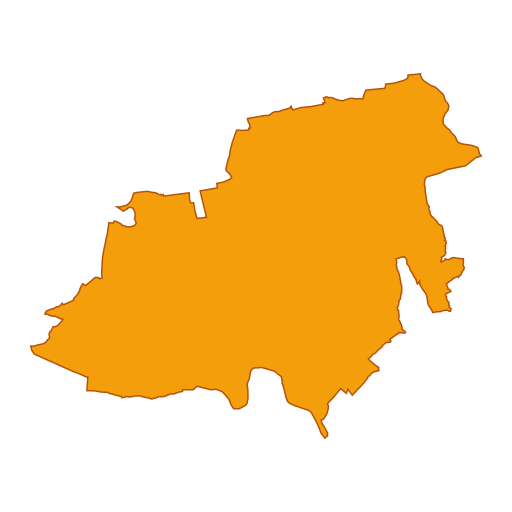 the district of Filiasi, Dolj, Romania
{"feature_id": "2599482B35880437379690", "entity_name": "Filiasi", "entity_type": "district", "adm_level": 2, "iso_a3": "ROU", "parent_name": "Romania", "parent_adm1": "Dolj", "projection": "orthographic", "projection_center": [23.538, 44.559], "detail": "fine", "context": "isolated", "style": "filled", "palette": "amber", "viewbox_px": 512, "rotation_deg": 0, "n_neighbors": 0, "source": "geoboundaries", "source_scale": "gbopen_adm2", "svg_char_len": 6038}
<svg xmlns="http://www.w3.org/2000/svg" viewBox="0 0 512 512"><path d="M458.6,277.4L459.0,276.2L460.3,275.4L461.3,274.2L461.5,273.2L462.7,271.0L463.9,269.7L464.0,268.2L464.4,267.6L463.5,266.2L462.9,264.6L463.4,263.3L463.4,258.7L458.4,258.4L453.5,257.5L452.1,257.8L448.9,259.6L445.9,259.5L445.7,258.9L445.1,259.0L445.0,259.8L444.0,260.7L441.2,262.0L440.5,261.1L441.3,260.0L441.4,259.3L441.8,258.9L441.5,257.5L442.0,256.9L444.7,255.4L444.8,254.2L445.7,253.3L445.8,252.1L445.2,250.7L445.3,249.4L445.7,248.8L445.5,248.1L445.6,246.9L445.1,246.1L445.7,245.1L445.8,243.5L446.3,243.0L445.9,242.6L445.9,240.9L444.7,240.5L445.2,239.4L444.8,238.6L445.2,237.9L444.3,236.8L444.1,234.5L443.5,232.9L442.6,228.0L442.0,226.2L441.2,225.4L439.0,224.5L436.3,220.7L433.6,218.2L433.1,217.2L432.2,217.0L430.2,214.2L430.2,212.3L428.7,208.9L429.3,206.5L428.5,206.0L427.3,203.6L426.8,201.8L425.3,191.9L425.0,186.9L424.3,184.3L424.8,180.2L425.7,177.9L427.4,176.7L439.5,173.2L446.7,169.8L446.3,169.7L464.8,166.0L466.2,165.3L475.7,157.7L481.3,156.0L479.4,153.6L478.1,148.2L477.1,147.2L471.2,145.3L461.9,143.9L457.7,142.1L455.0,136.3L451.2,132.5L449.8,130.2L446.6,127.7L443.3,123.9L443.0,120.0L443.5,117.5L445.3,113.5L448.0,110.1L448.9,105.9L447.5,103.1L445.9,101.4L445.0,99.9L443.7,95.5L443.2,94.4L436.0,87.7L434.7,86.9L430.8,85.5L423.7,80.8L422.2,79.0L420.7,76.1L420.4,75.1L420.6,73.8L407.9,75.1L408.0,77.5L406.2,79.2L403.5,80.5L394.5,83.1L385.6,84.1L385.6,85.8L384.9,88.3L365.9,90.1L363.8,95.0L362.9,98.8L359.3,98.6L355.7,98.9L352.5,98.3L349.6,98.4L342.9,100.8L337.7,100.0L331.5,97.5L328.5,97.6L327.5,97.0L325.6,96.9L325.2,97.4L323.4,98.0L325.1,102.7L322.7,103.0L323.3,104.3L310.6,106.6L300.7,107.6L292.8,109.9L291.1,106.2L290.4,106.8L290.3,107.9L289.9,108.1L282.9,110.0L278.7,111.6L275.3,111.6L272.7,112.6L270.0,114.7L268.4,115.4L264.3,115.6L247.5,118.5L248.1,121.5L249.6,124.4L250.1,128.1L248.6,128.2L248.5,130.2L241.3,130.4L236.7,130.1L232.5,141.8L230.8,147.8L229.8,152.8L230.0,153.7L228.7,158.4L228.0,159.6L225.9,169.1L226.0,170.1L226.8,171.3L229.9,174.1L231.7,177.8L229.1,179.6L223.2,182.1L216.8,183.4L217.3,187.9L200.1,190.9L206.5,217.4L204.7,217.3L203.5,217.7L197.0,218.4L195.0,211.3L193.6,202.8L191.1,203.1L190.2,201.9L189.5,199.1L189.4,194.8L189.1,192.8L163.5,196.1L163.2,194.5L161.0,195.1L160.7,194.4L159.1,194.7L157.3,193.5L155.1,192.6L152.1,192.4L148.3,191.5L146.2,191.4L137.5,192.4L133.7,193.2L132.3,197.8L130.6,201.6L127.2,204.8L125.6,205.6L119.5,207.0L117.0,206.9L123.4,211.2L126.6,209.1L127.4,209.0L127.7,208.2L128.9,207.6L130.9,207.4L132.9,208.3L134.5,211.2L135.2,213.8L135.2,216.1L134.5,218.6L136.1,222.7L136.0,223.6L135.5,224.5L134.2,225.6L131.4,226.6L127.5,227.0L121.7,225.0L121.3,224.1L115.4,221.1L113.9,221.3L113.5,222.9L113.1,223.1L108.9,222.7L107.3,233.8L105.8,240.2L104.8,246.2L104.4,246.9L102.5,257.9L101.6,273.4L102.2,278.1L99.3,278.9L99.1,278.0L98.6,277.6L95.3,277.4L85.6,285.5L83.7,284.7L83.0,283.7L82.6,283.8L80.0,288.5L79.8,290.2L77.5,294.4L73.7,298.6L73.5,299.2L73.6,299.9L72.9,300.6L63.6,304.7L63.0,304.4L62.6,303.6L62.1,303.2L60.8,305.0L58.7,306.7L56.3,306.8L54.4,308.4L52.1,308.8L46.5,311.0L45.3,312.9L45.4,313.7L44.5,314.6L46.3,313.9L50.5,315.7L53.1,316.3L54.6,316.1L58.6,317.7L59.6,318.6L61.6,318.7L61.8,319.2L62.9,319.6L62.1,320.8L57.3,325.8L55.5,326.7L53.7,326.5L52.7,327.0L51.5,330.3L50.0,331.6L49.3,333.1L49.1,334.9L49.6,336.9L49.3,338.1L47.4,340.1L46.0,342.1L43.1,343.8L36.3,345.3L34.6,346.1L30.7,346.1L31.7,350.1L34.3,354.1L73.2,371.5L79.1,373.7L86.8,377.2L87.8,377.1L86.9,390.7L94.5,390.8L100.8,392.0L107.8,392.4L109.2,393.3L121.2,396.5L121.6,397.4L122.2,397.8L126.8,396.5L128.3,397.0L132.3,396.6L134.6,395.9L138.2,396.0L139.1,395.7L145.8,397.6L147.1,397.5L151.9,399.1L153.7,398.2L155.3,398.1L159.3,396.5L161.3,396.9L162.1,396.4L163.2,396.7L165.6,396.1L167.8,395.0L168.1,394.5L168.9,394.7L170.6,393.9L174.2,394.0L174.9,393.5L179.5,391.9L182.0,391.6L182.7,391.1L182.8,389.9L183.3,389.7L193.1,389.8L197.0,386.3L211.1,389.8L216.1,389.3L222.1,391.6L225.7,395.4L228.9,399.3L231.4,405.4L233.7,408.8L239.1,408.8L245.5,405.4L246.9,403.8L248.0,398.5L247.8,389.2L247.1,384.0L249.3,378.7L250.8,370.7L253.4,368.1L261.7,367.5L274.0,371.0L281.3,376.6L282.0,379.8L282.1,383.3L283.3,386.3L286.1,397.4L287.1,400.5L288.1,402.1L290.4,403.7L296.2,406.2L308.7,410.4L311.1,412.2L317.4,423.8L321.1,433.1L324.9,438.2L327.7,435.7L327.2,434.3L327.7,433.2L324.6,427.3L322.4,424.0L321.5,422.0L321.3,419.9L322.8,419.6L324.3,417.9L326.9,413.8L328.1,409.2L328.4,406.9L328.4,405.9L327.5,403.6L334.0,396.8L340.6,388.6L346.3,393.3L347.9,389.3L352.3,395.2L364.2,382.6L367.0,378.7L367.5,378.6L367.8,376.9L369.9,375.4L371.2,373.6L373.7,372.0L379.0,370.5L378.3,368.1L378.7,367.4L376.7,366.2L371.3,361.9L368.4,359.0L371.7,355.9L372.3,354.9L376.0,352.6L376.5,351.8L376.0,352.0L381.9,346.9L382.9,345.2L385.6,342.9L388.2,342.1L388.5,342.5L390.7,341.8L390.9,340.9L389.6,339.4L396.5,334.6L396.5,334.1L398.6,333.6L398.8,332.5L404.9,333.1L405.5,332.4L405.2,332.1L405.1,331.5L401.9,329.1L402.1,327.0L401.5,326.2L401.2,324.0L400.4,323.4L400.3,322.1L398.5,319.5L399.1,316.7L398.7,312.2L398.5,310.2L397.4,309.7L397.4,307.9L398.6,304.6L399.2,300.3L400.3,299.3L401.0,293.7L401.7,293.2L401.4,292.4L401.6,291.6L401.4,291.2L401.8,289.9L401.8,287.6L401.7,286.1L400.6,282.8L400.7,281.2L400.0,279.1L400.1,278.2L398.4,271.7L397.5,270.3L396.9,268.2L396.4,264.7L396.8,261.7L395.8,258.7L398.0,258.4L402.7,256.6L403.4,257.3L404.5,256.8L405.7,257.8L406.8,260.3L406.9,263.7L409.3,266.9L410.4,270.4L412.3,273.3L413.9,276.7L415.7,278.8L417.2,283.8L417.5,284.0L419.6,281.1L419.5,283.9L422.4,289.1L425.7,293.3L426.9,296.5L427.7,302.2L428.4,305.0L432.2,311.0L432.6,312.5L438.3,311.6L440.1,311.8L442.7,310.7L446.0,310.2L447.9,310.2L449.0,311.2L450.4,311.4L451.1,309.1L450.7,308.3L449.3,307.4L449.2,306.8L449.6,305.8L448.7,304.9L449.1,303.2L448.7,302.0L448.1,301.8L446.6,299.4L446.6,297.0L445.7,296.0L445.5,294.9L445.8,294.0L450.9,291.3L449.5,289.4L448.0,289.1L447.5,286.6L446.3,283.9L452.6,279.2L452.4,279.0L457.3,276.5L458.6,277.4Z" fill="#f59e0b" stroke="#b45309" stroke-width="1.5"/></svg>